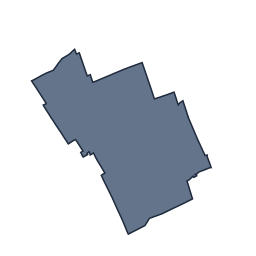 outline of Diosti, Dolj, Romania, rotated 145°
{"feature_id": "2599482B74391152424394", "entity_name": "Diosti", "entity_type": "district", "adm_level": 2, "iso_a3": "ROU", "parent_name": "Romania", "parent_adm1": "Dolj", "projection": "albers", "projection_center": [24.185, 44.122], "detail": "fine", "context": "isolated", "style": "filled", "palette": "slate", "viewbox_px": 256, "rotation_deg": 145, "n_neighbors": 0, "source": "geoboundaries", "source_scale": "gbopen_adm2", "svg_char_len": 2628}
<svg xmlns="http://www.w3.org/2000/svg" viewBox="0 0 256 256"><g transform="rotate(145 128 128)"><path d="M186.0,149.7L186.0,149.2L185.6,149.2L183.7,149.1L182.2,149.1L180.7,149.0L177.6,148.7L177.7,144.5L178.0,138.0L178.0,135.0L180.7,135.1L180.7,134.9L180.8,134.5L181.1,132.8L181.4,131.2L181.3,130.4L181.3,129.9L177.6,129.5L176.2,129.4L175.9,130.8L173.4,130.8L173.9,129.0L174.4,127.6L171.0,127.3L170.6,127.3L171.2,123.4L171.5,121.6L171.7,119.6L171.9,117.4L172.0,115.7L172.1,113.7L172.2,112.1L172.8,104.4L177.0,104.6L177.0,104.4L177.8,100.5L178.7,94.7L179.5,89.4L180.9,80.2L183.6,66.1L184.0,63.7L184.8,59.2L185.6,54.9L186.3,52.0L186.7,49.9L187.4,47.0L187.9,44.5L188.4,42.4L188.5,41.7L188.5,41.3L188.6,40.9L187.2,40.7L176.4,39.2L175.0,39.0L170.0,38.4L162.2,41.7L152.3,39.0L148.9,38.1L147.4,37.9L143.6,37.3L137.7,36.4L132.6,35.5L125.2,34.3L115.8,32.9L115.6,33.6L112.2,44.1L111.2,47.1L110.1,50.7L108.0,50.5L107.3,50.5L107.1,50.5L106.1,50.7L105.3,50.8L102.3,51.2L102.4,49.8L99.8,49.5L99.1,49.5L99.1,50.0L99.2,50.7L99.4,51.4L98.9,51.2L98.5,51.0L98.0,50.9L97.4,50.9L96.9,51.0L96.2,51.1L95.5,51.2L95.1,51.2L94.7,51.2L93.9,51.0L91.6,50.4L90.2,50.0L87.9,49.5L86.7,49.2L85.1,48.9L84.6,48.7L84.2,48.6L83.6,48.4L83.1,48.3L82.8,48.1L82.6,47.9L82.2,49.1L82.1,49.5L80.9,53.9L80.8,54.4L79.9,57.7L79.6,59.0L79.4,59.4L79.3,59.8L79.3,59.7L79.2,59.7L78.8,60.1L78.6,60.3L78.8,60.4L80.7,61.4L80.5,61.9L79.7,66.7L79.5,67.7L77.3,79.8L75.7,87.4L72.6,101.9L72.5,102.4L72.4,102.3L71.8,104.4L70.4,108.9L68.7,114.5L68.2,116.2L67.6,118.2L67.4,118.8L68.9,118.9L70.0,118.9L70.7,118.9L71.7,118.7L72.8,118.5L73.5,118.2L73.3,119.1L72.4,122.2L71.2,125.9L69.7,131.0L76.3,132.7L81.3,134.2L83.2,134.7L89.7,136.7L88.0,142.4L86.7,146.6L78.9,173.5L83.1,174.6L91.3,176.8L96.5,178.1L98.3,178.6L102.3,179.4L105.9,180.2L108.6,180.8L111.7,181.4L119.9,183.2L127.4,184.8L130.6,185.7L129.8,188.5L128.5,192.8L128.3,193.3L129.7,193.6L131.5,194.1L131.0,195.8L130.4,198.2L127.4,208.5L124.8,217.5L127.8,218.2L127.1,220.9L126.6,223.1L127.5,223.0L129.9,222.7L130.8,222.5L133.1,222.2L134.2,222.1L135.8,222.2L136.5,222.3L137.2,222.3L140.9,222.6L141.8,222.7L142.3,222.7L142.9,222.5L144.2,222.1L145.5,221.7L146.3,221.5L148.4,220.8L150.5,220.0L153.5,219.0L155.1,218.5L155.9,218.2L156.8,218.3L160.1,219.1L163.8,219.9L168.1,220.5L171.9,220.9L174.8,221.2L180.0,221.9L180.0,221.6L180.1,216.7L180.2,212.9L180.9,195.0L181.1,194.8L184.3,195.4L184.4,194.0L184.5,193.2L184.7,189.2L184.9,183.7L185.1,180.9L185.1,177.9L185.3,173.7L185.5,165.8L185.5,162.5L185.6,160.8L185.7,159.0L185.8,156.5L185.9,152.8L185.9,151.7L186.0,150.0L186.0,149.7Z" fill="#64748b" stroke="#1e293b" stroke-width="1.5"/></g></svg>